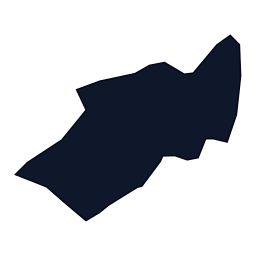 the border of Eastern Tobago
{"feature_id": "TTO-50", "entity_name": "Eastern Tobago", "entity_type": "Region", "adm_level": 1, "iso_a3": "TTO", "parent_name": "Trinidad and Tobago", "parent_adm1": "", "projection": "mercator", "projection_center": [-60.599, 11.278], "detail": "fine", "context": "isolated", "style": "filled", "palette": "ink", "viewbox_px": 256, "rotation_deg": 0, "n_neighbors": 0, "source": "natural_earth", "source_scale": "10m", "svg_char_len": 494}
<svg xmlns="http://www.w3.org/2000/svg" viewBox="0 0 256 256"><path d="M76.6,89.7L100.0,81.1L134.9,73.7L149.5,65.4L164.5,62.5L184.2,74.2L193.3,73.1L216.8,45.0L230.2,35.4L239.4,44.7L240.6,76.0L236.4,114.7L227.1,142.0L213.3,138.7L205.7,138.7L198.1,157.7L187.2,159.8L174.9,155.6L162.7,155.9L160.3,161.4L141.8,186.2L137.4,187.2L108.7,205.0L99.7,212.3L86.0,220.6L64.4,202.4L46.6,186.8L15.4,174.5L27.5,162.5L61.9,139.9L86.2,110.0L76.6,89.7Z" fill="#0f172a" stroke="#020617" stroke-width="1.5"/></svg>